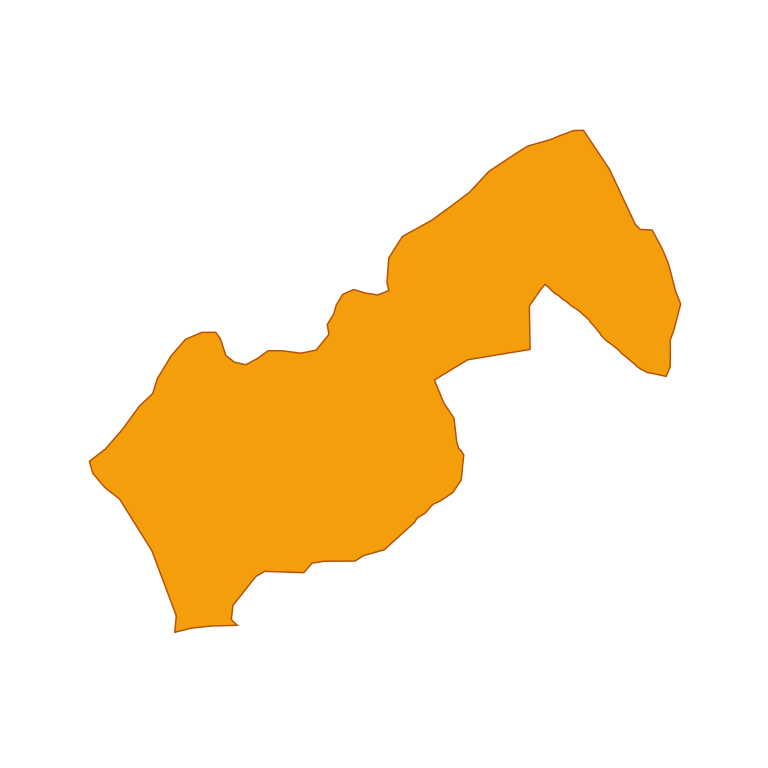 the district of Odo Otin, Osun, Nigeria, rotated 328°
{"feature_id": "59680162B86061563506110", "entity_name": "Odo Otin", "entity_type": "district", "adm_level": 2, "iso_a3": "NGA", "parent_name": "Nigeria", "parent_adm1": "Osun", "projection": "orthographic", "projection_center": [4.703, 8.017], "detail": "fine", "context": "isolated", "style": "filled", "palette": "amber", "viewbox_px": 768, "rotation_deg": 328, "n_neighbors": 0, "source": "geoboundaries", "source_scale": "gbopen_adm2", "svg_char_len": 1959}
<svg xmlns="http://www.w3.org/2000/svg" viewBox="0 0 768 768"><g transform="rotate(328 384 384)"><path d="M113.1,291.5L93.3,293.4L89.7,305.4L92.4,323.9L98.8,341.4L98.8,363.0L98.8,364.4L98.8,377.3L98.8,402.3L94.9,421.6L85.0,470.5L75.0,483.7L90.6,488.7L109.5,497.8L131.7,510.9L129.7,502.9L138.6,491.7L173.1,479.4L183.4,479.6L216.0,501.5L228.1,497.8L239.5,502.7L265.6,518.8L275.7,518.7L297.0,524.9L298.8,524.3L327.6,519.1L336.4,517.6L340.8,515.3L350.7,515.3L359.1,512.6L362.1,512.0L369.8,513.0L384.9,512.5L398.5,506.4L414.0,486.5L414.1,481.1L413.1,478.2L415.1,471.4L425.2,450.2L424.7,431.5L428.9,407.3L467.8,407.8L526.2,432.1L548.6,394.9L566.4,387.2L573.5,384.9L574.5,388.0L575.4,392.0L575.7,393.6L576.3,395.8L577.1,398.1L578.5,400.7L579.8,404.3L580.7,407.6L581.9,409.6L583.2,413.1L583.9,416.1L585.2,418.7L586.8,422.3L588.2,425.6L589.3,429.5L590.2,432.5L590.9,435.2L591.8,438.0L591.8,441.0L592.5,444.5L593.4,450.4L593.9,456.0L593.9,458.3L595.0,463.1L595.7,465.6L596.8,468.2L598.0,471.2L599.3,474.8L600.9,479.5L601.8,484.5L603.4,488.4L604.4,491.7L605.9,496.5L607.3,500.6L607.8,503.2L609.6,507.5L611.7,510.8L613.5,514.0L618.1,518.0L620.9,520.8L627.4,527.1L633.9,522.5L635.8,521.1L643.2,509.5L650.0,498.5L659.5,490.9L678.0,473.3L680.4,460.0L685.7,443.4L689.2,431.7L691.6,416.7L693.0,395.5L683.2,388.7L681.7,381.7L689.0,321.4L687.6,274.6L679.1,269.5L664.8,266.6L654.6,264.9L632.1,258.4L616.6,258.4L605.9,258.7L585.5,259.3L558.1,266.7L536.2,268.6L511.5,270.4L511.4,270.4L501.5,269.9L477.8,268.6L454.9,279.6L440.3,299.4L437.6,307.3L426.0,305.2L416.6,297.2L408.4,287.9L396.5,286.1L388.0,290.4L385.5,291.6L378.2,298.1L367.3,303.6L363.6,312.8L344.4,319.3L329.8,313.8L315.2,301.8L303.4,294.4L289.7,295.3L276.9,294.4L276.2,293.7L268.7,286.1L266.5,280.0L265.0,275.9L269.2,259.1L268.7,251.0L256.8,243.7L239.4,240.9L230.3,243.7L218.4,247.3L194.7,259.3L182.8,269.5L174.9,271.1L164.6,273.2L137.2,284.2L113.1,291.5Z" fill="#f59e0b" stroke="#b45309" stroke-width="1.5"/></g></svg>